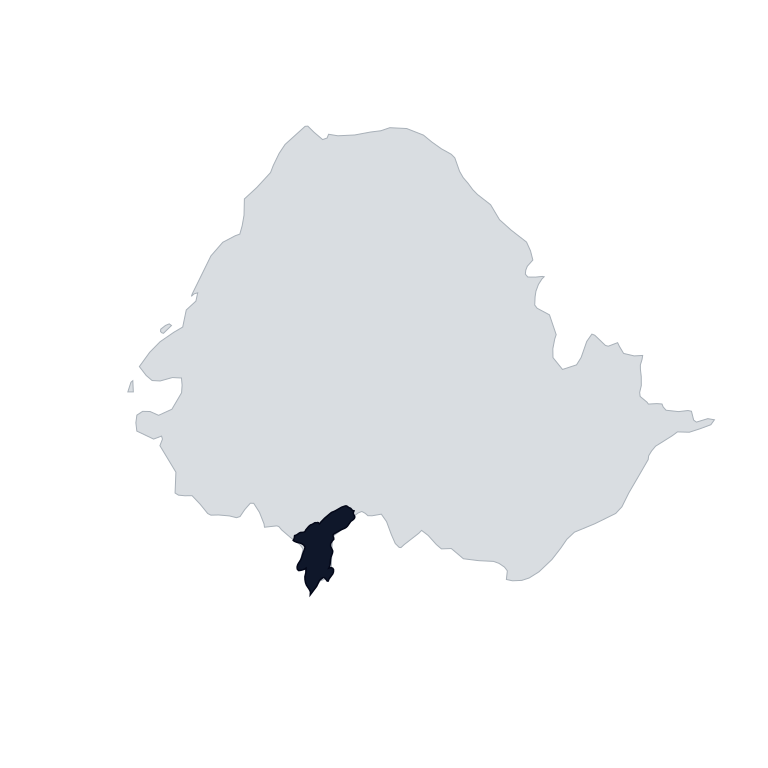 location of Svay Rieng within Cambodia, rotated 50°
{"feature_id": "KHM-1801", "entity_name": "Svay Rieng", "entity_type": "Province", "adm_level": 1, "iso_a3": "KHM", "parent_name": "Cambodia", "parent_adm1": "", "projection": "robinson", "projection_center": [105.82, 11.175], "detail": "fine", "context": "in_parent", "style": "filled", "palette": "ink", "viewbox_px": 768, "rotation_deg": 50, "n_neighbors": 0, "source": "natural_earth", "source_scale": "10m", "svg_char_len": 4470}
<svg xmlns="http://www.w3.org/2000/svg" viewBox="0 0 768 768"><g transform="rotate(50 384 384)"><path d="M623.8,153.9L625.3,159.8L621.3,171.0L617.2,181.1L609.3,190.0L608.9,196.5L606.2,215.9L607.3,222.1L609.1,227.4L611.7,230.2L618.6,249.2L624.8,266.5L631.0,280.7L632.1,289.7L626.5,312.5L619.9,333.4L620.5,343.8L623.4,354.3L626.4,368.2L627.5,385.9L625.9,397.5L623.0,404.7L617.3,412.1L612.4,415.9L606.4,409.6L601.7,409.4L595.3,411.2L590.3,414.1L580.2,425.0L568.9,435.5L553.3,438.2L547.2,446.0L540.7,447.1L528.4,447.5L520.3,449.3L520.7,453.3L520.0,471.8L520.2,476.2L518.9,477.4L513.4,477.9L503.9,475.1L491.1,470.5L482.0,469.7L477.3,477.8L474.5,481.0L471.0,481.5L467.4,482.9L466.2,486.5L465.9,491.1L467.7,498.8L468.3,511.1L467.9,519.4L471.2,524.7L490.8,542.5L496.6,547.0L497.2,549.7L493.8,559.3L496.9,572.9L490.7,572.7L480.5,566.9L475.6,563.3L469.7,566.1L467.6,565.6L463.6,558.9L458.4,552.0L453.0,551.6L441.6,554.3L429.9,556.2L425.5,556.2L423.7,557.4L416.9,567.6L414.0,565.8L402.3,561.9L391.6,560.5L389.4,563.1L390.7,571.4L393.0,579.5L391.6,582.9L385.7,587.2L378.0,594.9L373.2,600.9L369.9,602.3L358.0,602.1L346.2,602.8L341.5,608.5L337.0,612.9L333.2,614.1L317.8,600.1L287.2,595.3L283.8,589.1L280.9,587.9L278.1,595.9L261.2,603.6L254.2,599.0L249.0,593.3L249.8,586.5L254.7,580.9L263.1,576.8L267.0,562.7L260.6,544.7L255.1,539.4L249.2,535.3L243.0,542.0L237.8,553.5L232.3,559.4L224.6,560.7L213.4,560.2L209.1,543.1L207.7,528.4L209.3,511.6L211.0,501.6L200.2,487.9L199.6,474.8L194.4,468.1L192.9,471.5L193.0,475.2L191.5,472.5L174.6,434.2L171.8,416.4L174.8,402.7L176.5,398.1L171.6,390.9L164.7,382.7L152.5,372.0L151.7,355.0L149.1,335.0L145.4,328.3L139.9,316.0L136.9,305.8L135.9,278.8L137.5,276.6L146.1,275.8L157.3,273.9L159.0,269.5L157.1,265.9L164.2,259.8L174.4,246.4L182.3,232.4L188.0,223.6L191.4,214.8L202.9,202.4L218.7,193.8L229.4,191.8L240.6,188.9L251.3,184.8L256.3,184.4L269.6,189.4L276.8,190.7L284.3,190.6L292.1,191.1L298.9,190.6L315.2,187.1L332.4,189.9L347.8,187.7L366.9,183.6L376.2,186.2L384.7,190.3L385.9,198.5L387.9,202.2L390.7,205.1L394.5,205.1L399.4,199.4L403.4,193.5L404.8,192.4L405.0,195.3L407.0,201.7L410.6,208.0L414.3,212.2L420.4,217.8L424.4,218.0L437.4,212.8L456.9,220.4L459.2,224.2L465.5,232.0L472.4,237.6L487.6,237.9L493.1,224.2L490.4,215.9L481.7,201.3L479.4,192.7L482.1,191.2L496.8,189.6L499.2,187.9L502.5,178.5L506.5,179.5L514.6,180.8L523.3,174.3L528.4,167.5L531.1,170.6L534.2,175.4L537.5,178.1L543.7,182.2L550.6,187.9L554.8,193.6L558.2,195.8L567.0,194.2L569.3,194.4L574.4,187.6L578.0,183.9L581.0,184.9L585.4,184.8L594.5,176.1L599.7,168.2L602.5,166.0L610.7,170.0L614.0,169.2L618.7,158.2L623.8,153.9ZM203.4,520.4L201.7,521.4L200.1,521.4L198.5,519.8L198.7,513.7L199.9,509.9L202.6,509.2L203.4,520.4ZM228.9,581.1L225.4,585.3L220.0,576.7L220.0,574.3L228.9,581.1Z" fill="#d9dde1" stroke="#a8b0b8" stroke-width="1"/><path d="M461.9,488.5L462.9,490.3L464.0,491.0L466.6,491.5L467.6,492.4L468.0,493.6L468.1,495.0L467.9,497.8L469.4,503.4L469.5,505.1L469.3,506.7L468.2,510.3L466.7,518.4L466.8,519.9L468.0,521.0L469.5,521.4L470.7,522.3L471.0,524.6L472.0,527.5L473.9,529.2L479.0,530.6L480.3,532.0L482.6,536.0L484.1,537.8L487.3,541.0L488.6,542.7L489.6,544.9L490.6,542.6L492.1,541.7L493.7,541.9L495.4,543.4L496.5,545.2L498.0,551.4L499.1,553.5L498.4,554.2L497.4,554.1L495.4,554.0L493.8,554.3L493.5,554.6L492.9,555.7L493.1,556.0L493.0,558.7L492.9,559.0L493.4,560.7L495.7,565.7L498.1,576.0L496.0,574.0L493.5,573.3L488.2,572.7L485.7,571.8L483.1,570.3L480.7,568.4L479.0,566.1L478.1,564.9L474.9,562.1L474.8,563.8L473.9,566.2L472.8,568.3L471.9,569.4L470.0,569.4L468.3,568.2L467.1,566.5L466.4,564.9L465.3,561.2L464.6,559.6L461.4,554.6L459.7,551.4L458.2,549.3L455.6,549.0L452.9,549.9L450.7,551.4L448.9,552.7L446.8,553.8L445.4,554.1L444.7,552.3L443.8,551.1L443.0,550.4L442.7,550.0L442.7,549.7L443.1,548.9L443.4,548.1L443.7,544.6L443.9,543.9L444.2,543.1L444.4,542.9L445.4,541.6L445.7,541.2L445.9,540.7L446.2,539.9L446.3,539.4L446.2,539.1L446.0,538.8L445.8,538.5L445.5,537.7L444.7,533.2L444.7,531.8L444.7,530.9L445.1,529.9L445.4,529.0L445.8,526.2L446.0,525.9L446.2,525.6L446.9,524.9L447.3,524.1L447.5,523.8L448.1,523.4L449.6,523.6L449.7,523.1L449.5,522.4L449.4,522.0L449.2,521.3L448.6,515.8L448.6,507.3L448.7,506.6L448.8,506.1L449.3,504.8L449.9,502.5L451.1,495.7L452.4,492.3L452.8,491.6L453.2,491.2L453.7,490.9L456.2,490.3L457.2,489.7L457.6,489.5L458.0,489.4L459.6,489.4L460.4,489.4L460.7,489.3L461.0,489.1L461.3,489.0L461.9,488.5Z" fill="#0f172a" stroke="#020617" stroke-width="1.5"/></g></svg>